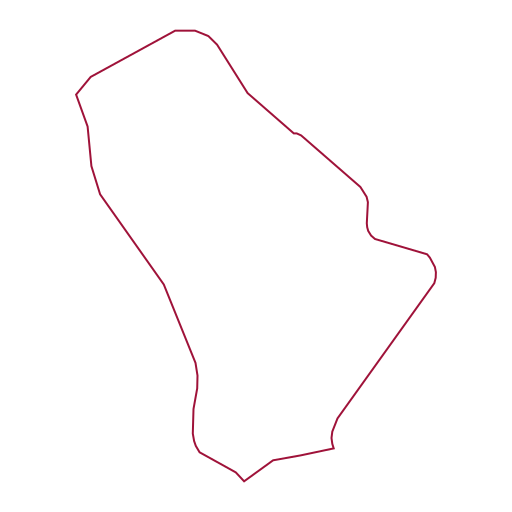 Islington, Albers equal-area conic projection
{"feature_id": "GBR-2071", "entity_name": "Islington", "entity_type": "London Borough", "adm_level": 1, "iso_a3": "GBR", "parent_name": "United Kingdom", "parent_adm1": "", "projection": "albers", "projection_center": [-0.097, 51.547], "detail": "fine", "context": "isolated", "style": "outline", "palette": "rose", "viewbox_px": 512, "rotation_deg": 0, "n_neighbors": 0, "source": "natural_earth", "source_scale": "10m", "svg_char_len": 668}
<svg xmlns="http://www.w3.org/2000/svg" viewBox="0 0 512 512"><path d="M244.1,481.3L235.8,472.4L199.6,452.3L195.8,445.9L194.1,441.0L192.8,433.6L193.5,409.0L197.2,388.4L197.5,375.6L195.5,362.9L163.8,284.5L100.1,194.3L91.4,166.1L87.6,126.5L76.1,94.6L90.7,76.9L175.1,30.7L195.1,30.7L208.4,36.1L217.1,44.7L247.6,93.1L293.8,133.4L296.7,133.4L301.1,135.4L360.4,187.0L366.6,196.8L367.9,202.2L366.8,223.3L367.2,227.3L368.2,230.9L371.1,235.6L375.0,239.0L427.1,254.3L429.9,257.7L434.9,267.0L435.9,272.2L435.7,277.8L434.3,283.2L337.5,418.4L332.3,431.6L331.5,438.0L332.3,443.9L333.7,448.4L300.6,455.4L273.1,460.3L244.1,481.3Z" fill="none" stroke="#9f1239" stroke-width="2"/></svg>